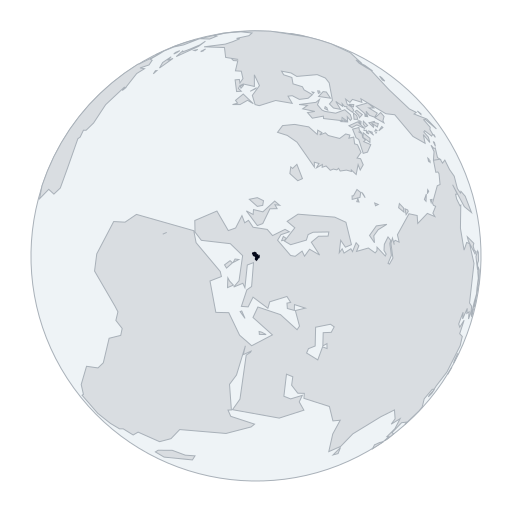 Tirol on an orthographic globe, rotated 57°
{"feature_id": "AUT-2329", "entity_name": "Tirol", "entity_type": "State", "adm_level": 1, "iso_a3": "AUT", "parent_name": "Austria", "parent_adm1": "", "projection": "orthographic", "projection_center": [11.6, 47.192], "detail": "fine", "context": "on_globe", "style": "filled", "palette": "ink", "viewbox_px": 512, "rotation_deg": 57, "n_neighbors": 0, "source": "natural_earth", "source_scale": "10m", "svg_char_len": 12091}
<svg xmlns="http://www.w3.org/2000/svg" viewBox="0 0 512 512"><g transform="rotate(57 256 256)"><circle cx="256" cy="256" r="225" fill="#eef3f6" stroke="#a8b0b8"/><path d="M75.4,121.3L101.8,92.0L88.0,106.0L95.5,97.9L95.4,98.0L109.0,85.5L118.7,77.6L136.7,66.3L152.2,62.3L146.0,65.4L150.5,64.5L158.5,60.7L162.7,58.5L188.9,53.9L216.2,47.3L222.8,43.4L223.0,46.1L234.2,38.1L247.7,35.5L233.6,39.7L233.1,41.2L242.9,39.8L244.5,41.2L250.1,41.5L251.1,43.4L242.8,46.3L243.3,47.7L250.2,46.7L255.5,48.4L245.3,49.6L253.6,52.8L241.3,59.2L213.1,62.7L207.4,69.6L181.3,82.4L184.8,83.5L177.2,89.8L178.3,93.6L173.2,95.4L178.6,96.9L183.1,94.6L186.9,94.6L188.0,96.8L181.6,99.3L180.2,98.5L178.9,100.4L175.2,100.8L177.6,101.9L169.8,104.9L179.1,105.2L174.1,110.4L168.5,111.6L167.1,107.1L150.6,100.3L144.5,100.9L137.2,105.9L127.6,124.0L121.6,126.9L114.9,133.9L119.1,134.1L125.8,128.7L131.8,131.2L139.3,124.9L142.9,125.2L151.4,120.8L152.1,126.4L148.3,134.3L141.3,138.3L139.4,142.1L147.7,142.5L136.3,154.8L131.7,171.4L128.5,174.3L119.3,171.6L115.0,160.3L103.1,158.7L112.9,165.0L104.8,173.0L104.3,176.7L105.9,179.5L109.8,178.6L107.5,182.7L96.9,177.6L98.9,173.8L102.2,175.3L100.1,170.3L93.0,167.7L89.5,172.4L82.4,165.0L79.8,168.5L76.8,169.1L81.4,163.9L72.9,173.3L64.0,168.9L52.3,185.6L61.6,166.3L63.6,158.7L64.9,151.3L62.9,153.8L67.4,141.9L66.8,137.9L59.7,146.6L52.6,159.6L48.3,171.3L50.2,169.4L48.8,176.7L43.0,185.0L39.5,201.8L35.9,211.2L34.0,221.2L33.9,227.1L33.4,237.5L35.3,236.5L37.5,241.7L35.1,250.9L38.2,247.5L38.0,256.7L43.8,273.7L42.7,274.5L47.2,299.7L56.0,319.8L58.0,330.0L56.5,332.2L60.5,338.7L60.6,341.5L79.7,366.3L92.4,383.1L94.0,391.8L87.2,393.5L90.1,406.4L80.4,397.1L80.7,397.5L71.2,384.8L62.6,371.5L55.0,357.7L48.3,343.3L42.7,328.5L38.1,313.3L34.7,297.9L32.3,282.3L31.0,266.5L30.8,250.6L31.3,249.4L33.1,234.5L33.5,228.9L32.7,229.6L35.9,209.0L39.5,195.4L51.1,162.3L58.3,148.1L66.4,134.4L75.4,121.3ZM48.9,190.0L45.3,214.3L44.1,205.8L44.9,206.2L46.5,198.8L48.4,188.0L48.3,181.4L48.9,190.0ZM54.5,189.0L54.9,185.5L55.0,188.3L54.5,189.0ZM164.3,57.4L158.5,60.6L150.7,63.8L155.3,60.9L164.3,57.4ZM179.5,52.7L177.2,54.2L172.4,54.4L175.2,53.4L179.5,52.7ZM227.2,40.6L222.2,41.7L226.6,40.2L227.2,40.6ZM250.7,41.2L251.6,40.6L254.2,41.0L250.7,41.2ZM150.4,118.2L150.8,119.5L149.0,119.6L150.4,118.2ZM153.6,115.1L151.1,114.3L152.3,112.8L153.8,113.3L153.6,115.1ZM258.0,44.5L261.8,45.8L256.5,45.0L258.0,44.5ZM156.3,116.6L154.7,110.2L156.8,107.7L164.2,107.6L156.3,116.6ZM263.0,46.8L272.3,50.2L275.2,48.8L272.3,55.0L265.4,49.8L258.4,48.9L262.7,48.2L263.0,46.8ZM184.0,93.0L179.3,95.5L182.2,91.5L184.0,93.0ZM184.9,90.4L188.4,78.9L196.0,76.6L193.3,80.7L202.2,76.5L204.2,80.9L199.7,84.3L194.5,84.8L199.2,86.2L184.9,90.4ZM269.2,58.1L270.2,59.5L267.5,58.6L269.2,58.1ZM188.7,94.3L188.7,92.1L195.3,89.8L196.4,94.0L193.9,93.3L188.7,94.3ZM203.6,73.3L208.7,72.6L211.7,75.9L214.0,76.2L204.9,80.9L203.6,73.3ZM193.0,95.0L196.8,96.2L194.8,99.3L189.1,96.4L193.0,95.0ZM196.5,87.6L199.7,86.8L198.3,88.5L196.5,87.6ZM189.5,111.6L189.4,108.6L192.8,107.1L189.5,111.6ZM198.4,96.5L199.1,95.4L200.4,94.6L202.4,96.1L198.4,96.5ZM207.7,83.0L207.8,84.7L211.5,81.3L213.9,83.9L207.4,86.7L211.2,86.6L212.0,87.4L205.8,88.8L207.7,83.0ZM208.5,95.2L201.0,100.0L200.5,105.7L197.4,107.1L198.8,97.8L208.5,95.2ZM207.4,91.3L207.4,94.0L203.6,94.2L201.4,92.5L207.4,91.3ZM217.9,84.8L215.9,80.0L217.4,79.6L217.9,84.8ZM209.1,96.7L210.9,95.6L209.5,97.1L209.1,96.7ZM216.0,88.3L215.1,86.6L216.9,86.2L216.0,88.3ZM215.2,94.8L212.8,96.2L211.1,95.1L215.2,94.8ZM216.2,91.8L218.8,91.6L212.0,93.7L215.5,91.1L216.2,91.8ZM217.8,88.2L218.5,87.4L217.9,89.0L217.8,88.2ZM222.8,98.6L214.7,101.6L211.1,98.9L219.4,96.3L222.8,98.6ZM481.1,246.2L481.0,249.2L479.8,243.1L478.8,244.6L476.5,233.6L470.9,223.7L470.7,234.2L468.3,228.0L460.5,223.7L458.8,238.7L457.9,271.7L461.8,288.7L459.7,301.5L447.1,288.6L439.6,274.8L436.2,281.3L422.2,276.4L401.5,293.3L397.5,290.3L393.8,295.7L383.8,296.5L377.3,290.9L371.7,294.8L388.8,309.0L394.7,304.8L398.1,293.1L401.9,299.2L411.4,299.8L404.6,324.8L372.1,359.4L367.3,347.4L333.8,318.2L333.8,313.2L333.6,312.7L333.1,311.9L331.8,320.4L325.5,313.8L345.2,337.2L349.2,348.1L371.7,360.5L370.0,363.4L376.7,364.5L396.2,348.8L396.7,353.2L388.5,377.8L360.0,414.5L362.9,426.8L359.2,438.0L339.5,450.8L339.2,456.5L328.6,461.5L326.6,464.6L317.0,469.3L301.8,474.4L278.0,477.7L278.1,476.1L268.6,472.6L256.2,458.2L263.8,449.5L262.4,442.2L245.0,424.0L248.9,412.7L243.9,407.7L233.7,408.6L227.6,402.2L221.3,401.6L180.7,399.6L167.5,388.4L149.6,356.6L156.3,347.4L156.0,333.6L200.9,294.4L212.2,299.0L249.5,294.4L254.4,296.2L251.9,308.2L281.4,320.4L288.7,309.7L313.5,312.9L328.9,308.5L331.1,285.2L305.9,292.0L299.8,282.2L318.5,267.4L340.2,261.7L338.5,257.7L323.2,252.7L326.6,243.0L317.7,250.2L322.5,253.5L317.1,258.3L312.4,255.7L313.8,252.2L306.8,252.1L301.9,269.4L306.3,274.5L288.9,280.9L294.4,290.3L290.3,295.7L279.4,282.1L279.2,276.3L260.2,261.7L258.8,268.2L276.6,282.6L271.7,281.9L269.9,291.6L267.5,283.7L248.4,267.0L231.7,270.8L213.1,293.3L202.7,294.1L192.9,288.0L197.0,264.3L219.6,265.4L221.4,257.8L214.5,245.8L222.0,247.4L222.0,242.9L230.3,242.8L239.8,232.1L247.9,231.0L249.5,217.1L253.9,214.8L251.7,223.5L254.5,229.3L274.4,226.7L277.6,223.3L277.0,214.7L282.6,215.4L279.5,207.4L289.9,202.1L274.6,202.1L273.5,192.8L278.6,184.7L275.5,181.8L267.2,195.1L266.4,200.6L270.1,205.1L265.4,220.8L259.0,224.0L253.5,208.1L243.9,211.0L243.8,198.0L266.3,168.8L276.7,162.2L298.5,169.8L297.3,176.2L288.9,176.4L298.6,184.4L296.9,179.8L301.5,180.6L301.6,172.5L304.9,172.7L299.4,164.8L303.5,164.2L306.9,169.2L310.5,157.4L318.3,154.4L317.5,151.7L314.5,149.7L326.4,147.6L325.3,145.8L321.0,145.6L316.1,142.0L311.9,134.9L316.3,134.5L318.4,137.0L329.2,142.1L334.1,149.3L335.5,148.5L332.3,142.3L319.0,136.0L315.3,131.8L321.8,133.9L319.2,132.8L318.7,130.7L322.3,128.4L315.2,125.8L303.9,104.7L309.8,98.8L316.8,102.6L313.6,89.1L320.4,84.5L316.4,84.3L312.2,78.3L310.0,79.6L307.7,79.1L295.8,65.7L296.3,62.7L286.7,57.7L284.6,57.7L283.7,59.6L272.3,55.0L275.2,48.8L279.7,49.0L278.4,45.4L288.9,46.6L297.0,46.3L309.2,50.4L314.5,50.2L313.4,48.9L319.8,48.0L336.9,51.6L328.0,54.4L303.3,52.3L313.8,53.4L312.9,55.0L317.6,56.7L324.9,57.6L324.8,56.5L344.0,69.4L364.4,78.3L359.4,71.9L362.0,70.2L380.9,77.2L411.7,102.5L415.5,102.5L419.5,105.6L424.6,112.1L418.9,107.7L419.0,110.5L415.0,107.3L421.3,117.0L415.9,112.9L423.4,123.0L426.7,123.9L423.2,116.4L432.1,127.5L435.8,126.8L442.4,133.6L457.3,159.1L463.1,175.6L464.7,179.0L463.8,180.9L467.4,192.7L473.1,198.8L474.7,203.6L478.3,223.0L477.5,219.8L475.1,224.7L478.2,238.2L480.2,237.4L480.9,243.4L481.1,246.2ZM187.6,318.0L186.9,322.2L186.9,322.3L187.6,318.0ZM364.9,266.4L376.8,260.8L368.5,249.7L372.3,246.8L368.1,244.2L367.8,248.9L356.9,241.4L361.0,234.5L358.0,229.0L353.8,230.7L348.2,244.8L363.7,255.4L362.3,262.5L364.9,266.4ZM44.0,274.1L44.4,278.0L43.3,275.3L44.0,274.1ZM42.3,208.0L42.3,211.8L41.8,215.0L41.4,212.7L42.3,208.0ZM46.5,238.1L47.3,242.9L45.8,239.4L46.5,238.1ZM45.1,218.0L45.8,234.6L42.9,228.9L42.7,218.6L43.8,223.5L45.1,218.0ZM51.1,192.3L50.8,195.2L49.7,196.1L51.1,192.3ZM54.6,191.1L54.5,190.4L55.4,188.0L54.6,191.1ZM105.4,173.2L106.2,173.8L107.1,177.2L105.1,176.7L105.4,173.2ZM120.3,186.9L116.2,193.2L117.8,188.2L114.3,188.4L113.2,178.5L126.8,175.3L120.8,178.3L120.3,186.9ZM115.5,164.9L114.7,171.2L115.1,164.5L115.5,164.9ZM213.7,219.6L217.2,222.8L215.1,227.9L204.8,230.7L207.8,223.1L213.7,219.6ZM222.7,226.2L220.1,210.4L226.4,208.5L223.3,212.2L227.8,212.5L224.0,218.6L232.5,232.7L231.2,238.3L212.9,239.5L219.6,235.8L215.7,232.8L222.7,226.2ZM202.5,177.6L201.4,171.8L216.4,174.9L215.6,180.0L205.3,182.7L200.2,178.3L202.5,177.6ZM169.7,118.1L168.4,116.6L170.1,115.8L172.7,116.4L169.7,118.1ZM189.2,110.3L177.5,124.5L175.4,123.3L171.1,133.7L163.8,134.7L166.8,127.9L158.0,136.7L157.7,130.9L152.4,137.4L159.8,122.0L159.3,117.5L162.7,122.1L169.4,121.2L172.2,119.5L179.6,111.4L181.7,101.9L188.7,99.9L193.1,101.0L193.7,103.0L188.9,103.6L193.1,105.9L186.7,108.3L189.2,110.3ZM240.7,121.8L235.0,120.6L242.2,127.6L235.8,129.2L237.1,129.9L233.2,133.4L230.6,139.1L227.4,139.0L227.8,141.3L225.2,143.8L224.6,147.0L218.7,148.2L217.6,152.2L215.4,150.5L215.0,157.3L212.7,152.8L209.1,156.0L213.2,158.6L182.9,159.6L171.9,164.1L164.0,170.6L161.1,162.7L166.7,151.9L176.5,141.4L187.4,138.4L184.1,135.7L188.4,133.5L189.2,136.6L190.5,130.7L194.3,129.8L203.0,121.8L202.5,114.3L205.7,111.4L207.8,113.9L209.5,109.3L215.6,112.2L218.0,110.3L226.3,111.5L228.9,117.9L231.4,115.3L237.9,116.4L240.7,121.8ZM225.1,99.1L229.6,105.9L228.3,110.2L214.3,106.4L211.2,107.7L202.2,105.9L204.3,99.7L206.7,100.8L209.5,100.4L207.7,102.4L211.2,100.5L214.6,102.0L218.3,101.0L218.7,103.4L225.1,99.1ZM259.0,291.5L262.6,291.8L268.1,290.8L267.0,297.1L259.0,291.5ZM245.8,280.3L248.9,279.4L250.1,287.3L246.3,287.2L245.8,280.3ZM249.6,272.3L249.0,278.7L247.1,275.2L249.6,272.3ZM254.5,222.4L257.7,221.1L258.4,223.0L257.1,226.2L254.5,222.4ZM260.9,144.5L257.9,142.7L258.6,141.5L255.2,135.1L259.7,133.6L263.5,136.9L260.9,144.5ZM327.4,290.3L323.6,295.9L321.0,294.5L322.9,292.8L327.4,290.3ZM294.3,297.9L302.4,299.2L294.0,299.6L294.3,297.9ZM265.3,141.9L263.3,139.3L266.8,140.2L265.3,141.9ZM262.8,132.3L266.6,132.7L259.8,132.7L262.8,132.3ZM392.4,420.4L374.6,442.6L365.5,447.1L365.6,443.9L373.3,432.1L384.5,423.8L390.4,416.0L392.4,420.4ZM481.2,263.2L478.9,259.5L479.8,253.8L481.2,250.1L481.2,263.2ZM462.6,289.4L466.4,294.8L464.8,299.7L462.6,289.4ZM466.9,183.2L468.0,188.2L466.9,186.2L464.9,178.7L466.9,183.2ZM447.5,139.7L451.7,145.6L453.4,148.5L451.8,146.7L447.5,139.7ZM300.7,129.0L300.5,139.2L303.2,146.2L309.4,149.4L300.6,149.6L296.3,138.7L300.7,129.0ZM303.1,107.6L297.6,105.3L300.0,103.7L301.6,104.1L303.1,107.6ZM299.8,108.0L293.2,110.1L290.1,107.2L296.0,106.1L299.8,108.0ZM279.4,125.4L279.0,128.4L276.2,127.6L279.4,125.4ZM459.8,159.9L457.9,156.1L455.9,152.2L456.6,153.5L459.8,159.9ZM417.8,100.8L415.4,99.1L412.3,95.5L414.8,97.7L417.8,100.8ZM399.9,83.5L410.7,94.0L419.0,103.3L418.7,102.3L424.7,108.2L422.6,107.5L413.3,97.9L407.9,91.7L402.6,87.6L395.8,81.7L390.3,78.7L385.9,75.5L389.2,76.4L399.9,83.5ZM388.2,77.7L376.2,71.8L372.4,67.3L374.1,67.6L381.2,72.0L382.8,74.1L388.2,77.7ZM372.2,69.1L373.6,71.2L359.0,69.7L355.0,68.3L364.0,66.4L365.9,68.4L370.1,69.8L372.2,69.1ZM272.3,59.0L270.4,59.5L270.9,58.2L272.3,59.0ZM306.6,80.0L303.7,79.1L304.4,77.5L306.6,80.0ZM295.8,75.9L297.1,78.4L293.9,75.9L295.8,75.9ZM300.3,84.0L296.8,79.4L302.7,83.6L300.3,84.0Z" fill="#d9dde1" stroke="#a8b0b8" stroke-width="1"/><path d="M252.1,257.3L252.0,257.2L251.9,257.1L252.0,257.0L252.0,256.9L252.1,256.7L252.1,256.4L252.2,256.2L252.3,256.1L252.3,255.9L252.2,255.8L252.2,255.6L252.4,255.6L252.5,255.5L252.7,255.4L252.8,255.3L252.8,255.2L252.9,254.9L252.9,254.6L253.0,254.4L253.0,254.5L253.3,254.5L253.7,254.7L253.8,254.7L254.0,254.7L254.0,254.8L254.3,255.0L254.6,255.2L254.9,255.1L255.0,255.1L255.3,255.0L255.4,254.9L255.5,254.8L255.6,254.7L255.6,254.8L255.8,254.8L255.9,254.7L256.0,254.6L256.0,254.4L256.2,254.5L256.4,254.5L256.6,254.5L256.6,254.4L256.9,254.4L257.5,254.4L257.6,254.2L257.6,253.9L257.7,254.0L257.8,254.0L258.0,254.1L258.3,254.2L258.4,254.3L258.5,254.3L258.5,254.2L258.6,254.3L258.8,254.4L258.8,254.5L258.9,254.8L258.8,255.0L258.7,255.1L258.4,255.2L258.4,255.3L258.2,255.5L258.0,255.4L257.9,255.4L257.8,255.5L257.5,255.6L257.4,255.6L257.3,255.9L257.3,256.0L257.4,256.3L257.1,256.6L256.9,256.6L256.7,256.7L256.6,256.8L256.4,256.8L256.2,256.8L255.9,256.8L255.7,256.8L255.7,256.7L255.6,256.8L255.4,256.9L255.2,256.8L254.9,256.9L254.6,257.1L254.6,257.3L254.5,257.5L254.4,257.6L254.2,257.6L253.9,257.6L253.7,257.6L253.7,257.4L253.4,257.3L253.1,257.4L252.9,257.3L252.9,257.2L252.8,256.9L252.7,256.8L252.7,256.7L252.6,256.8L252.5,257.0L252.4,257.0L252.2,257.2L252.1,257.3L252.1,257.3ZM258.3,258.0L258.2,258.0L258.1,257.9L258.0,257.7L257.9,257.6L257.8,257.4L257.7,257.2L257.4,257.1L257.5,257.1L257.4,257.0L257.4,256.9L257.4,256.7L257.6,256.6L257.7,256.4L257.9,256.3L258.1,256.2L258.3,256.1L258.5,256.2L258.8,256.3L259.1,256.5L259.0,256.8L259.2,257.0L259.3,257.0L259.3,257.3L259.5,257.4L259.6,257.6L259.4,257.6L259.1,257.7L259.0,257.8L258.9,258.1L258.6,258.1L258.4,258.0L258.3,258.0Z" fill="#0f172a" stroke="#020617" stroke-width="1.5"/></g></svg>